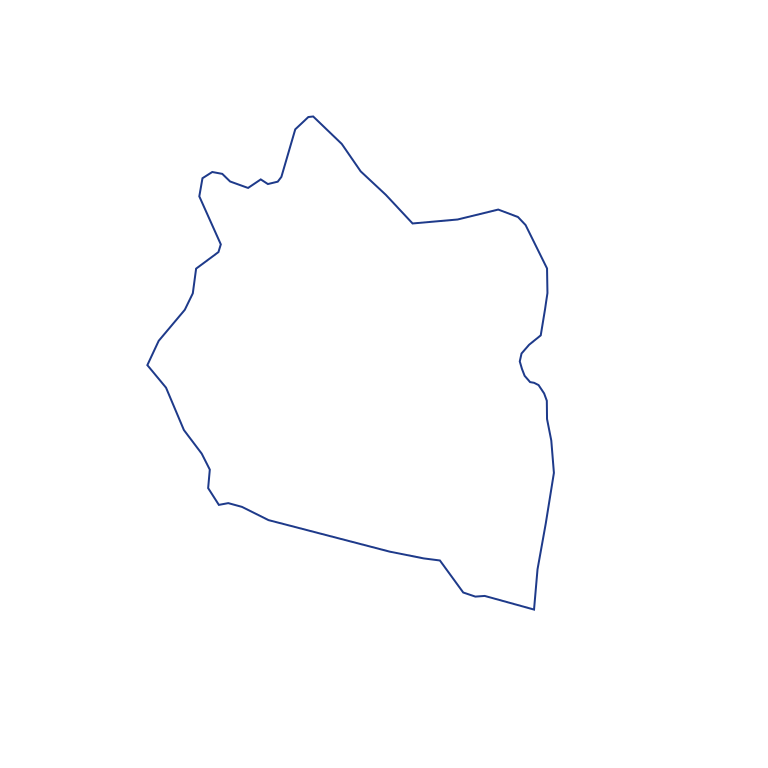 the district of San Pablo Jocopilas, Suchitepéquez, Guatemala, rotated 148°
{"feature_id": "79465075B77711429461890", "entity_name": "San Pablo Jocopilas", "entity_type": "district", "adm_level": 2, "iso_a3": "GTM", "parent_name": "Guatemala", "parent_adm1": "Suchitepéquez", "projection": "robinson", "projection_center": [-91.434, 14.594], "detail": "fine", "context": "isolated", "style": "outline", "palette": "blue", "viewbox_px": 768, "rotation_deg": 148, "n_neighbors": 0, "source": "geoboundaries", "source_scale": "gbopen_adm2", "svg_char_len": 946}
<svg xmlns="http://www.w3.org/2000/svg" viewBox="0 0 768 768"><g transform="rotate(148 384 384)"><path d="M588.1,369.0L579.2,365.5L569.6,355.1L554.1,329.8L467.9,238.7L442.8,215.1L430.1,204.7L427.3,165.2L419.2,155.3L410.9,150.9L376.3,113.2L352.0,145.5L320.9,179.8L287.0,218.6L272.1,247.4L264.3,267.9L254.8,283.5L253.2,291.2L253.5,301.2L256.1,305.5L259.1,308.2L260.4,316.4L259.0,323.7L256.9,331.2L251.2,337.0L240.1,340.4L225.3,342.2L207.6,362.3L203.2,367.5L197.2,374.5L184.5,395.6L179.7,443.8L181.9,454.6L194.7,471.4L234.4,484.5L274.7,505.0L282.2,543.4L291.1,576.7L292.6,609.9L302.3,648.4L306.7,650.5L324.3,647.0L361.3,614.0L366.9,611.9L376.5,615.1L380.1,622.8L395.4,622.3L407.2,637.3L409.8,647.9L417.3,654.8L428.9,654.7L441.2,641.0L448.4,588.9L454.5,583.6L482.2,581.4L498.1,562.2L513.6,552.5L552.2,540.0L574.7,525.4L570.8,496.4L578.1,451.0L575.5,421.5L577.1,403.7L588.3,388.9L588.1,369.0Z" fill="none" stroke="#1e3a8a" stroke-width="2"/></g></svg>